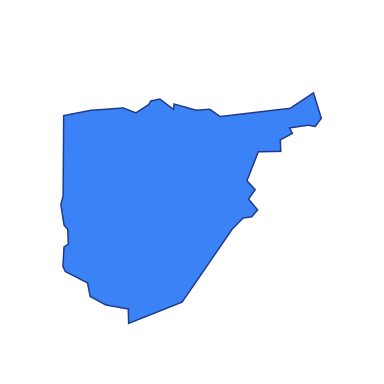 Lewis, West Virginia, United States of America (Albers equal-area conic projection), rotated 254°
{"feature_id": "52423323B98686556304420", "entity_name": "Lewis", "entity_type": "district", "adm_level": 2, "iso_a3": "USA", "parent_name": "United States of America", "parent_adm1": "West Virginia", "projection": "albers", "projection_center": [-80.482, 38.948], "detail": "fine", "context": "isolated", "style": "filled", "palette": "blue", "viewbox_px": 384, "rotation_deg": 254, "n_neighbors": 0, "source": "geoboundaries", "source_scale": "gbopen_adm2", "svg_char_len": 718}
<svg xmlns="http://www.w3.org/2000/svg" viewBox="0 0 384 384"><g transform="rotate(254 192 192)"><path d="M253.8,336.1L245.4,309.4L250.3,279.6L256.8,239.7L266.6,232.0L269.4,218.7L281.5,199.0L276.5,197.0L290.2,186.7L290.9,177.6L288.0,174.5L283.5,159.9L291.8,148.9L295.4,131.4L298.4,117.4L300.8,89.7L224.0,67.1L215.8,62.4L195.5,59.9L190.1,62.2L175.9,58.7L174.4,53.8L156.0,47.4L150.5,48.3L133.4,66.5L119.6,65.3L107.1,78.1L97.1,98.5L83.2,94.9L88.9,152.1L100.8,166.6L145.3,220.5L152.9,233.9L151.7,242.6L156.7,250.1L169.7,244.4L176.8,253.4L187.7,247.9L212.4,266.8L206.6,288.5L217.8,291.3L220.7,304.7L226.7,303.4L224.2,322.0L221.0,328.5L227.2,336.6L253.8,336.1Z" fill="#3b82f6" stroke="#1e3a8a" stroke-width="1.5"/></g></svg>